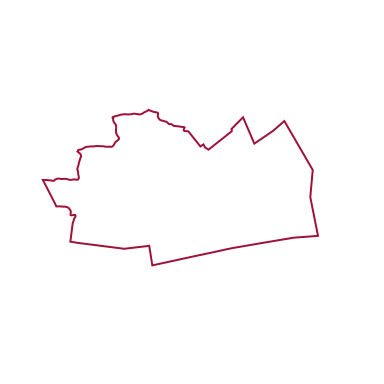 outline of Abu-l-Matamir, Al Buhayrah, Egypt, rotated 306°
{"feature_id": "37247803B42865985960585", "entity_name": "Abu-l-Matamir", "entity_type": "district", "adm_level": 2, "iso_a3": "EGY", "parent_name": "Egypt", "parent_adm1": "Al Buhayrah", "projection": "mercator", "projection_center": [30.09, 30.782], "detail": "fine", "context": "isolated", "style": "outline", "palette": "rose", "viewbox_px": 384, "rotation_deg": 306, "n_neighbors": 0, "source": "geoboundaries", "source_scale": "gbopen_adm2", "svg_char_len": 4573}
<svg xmlns="http://www.w3.org/2000/svg" viewBox="0 0 384 384"><g transform="rotate(306 192 192)"><path d="M205.6,83.5L205.3,84.2L205.0,85.2L204.6,85.4L203.7,86.1L202.4,87.9L202.2,89.0L202.1,89.4L202.0,89.9L201.4,91.2L200.4,92.2L200.2,92.3L199.5,92.8L196.9,94.5L195.5,95.6L194.9,96.2L194.9,96.4L194.8,96.6L194.2,97.6L194.0,98.0L193.8,98.4L193.5,99.2L193.2,100.3L192.9,101.0L191.8,101.8L189.1,101.3L188.1,100.9L187.9,100.8L187.1,100.8L185.9,100.8L185.0,101.0L183.3,101.1L183.1,101.0L182.8,100.9L182.5,100.9L182.3,100.8L182.0,100.7L181.6,100.6L181.2,100.2L181.0,99.9L180.7,99.4L180.4,99.0L180.3,98.7L180.0,98.4L179.8,98.3L179.6,98.0L179.4,97.5L178.2,96.0L177.5,94.9L177.3,94.1L177.0,93.7L176.8,93.3L176.2,92.5L175.4,91.3L174.8,90.3L174.3,89.5L173.2,88.0L173.1,87.9L172.9,87.6L172.3,86.9L171.8,86.4L171.3,85.8L170.9,85.3L170.1,84.4L169.8,84.0L169.4,83.4L169.1,82.9L168.3,82.2L168.0,81.9L167.9,81.7L166.4,80.0L164.9,79.0L164.2,78.8L162.8,78.2L162.4,78.0L162.0,77.7L161.2,77.4L160.6,76.5L160.0,76.0L159.7,75.8L159.5,75.7L158.7,75.3L158.2,75.6L157.4,75.6L157.4,76.0L157.4,77.0L157.3,77.9L157.3,78.2L157.2,78.8L157.1,79.3L156.9,79.8L156.8,80.1L155.8,81.2L155.4,81.4L155.3,81.5L154.1,81.7L153.0,82.0L152.9,82.1L151.7,82.5L150.9,82.7L150.6,82.9L149.7,83.2L148.6,83.5L147.7,84.1L145.8,84.8L145.7,84.8L144.4,85.2L144.1,85.3L143.2,85.7L143.0,85.8L142.7,86.2L142.4,86.6L141.6,87.8L140.9,88.3L140.2,88.9L139.7,89.3L139.5,89.5L138.7,90.4L138.5,90.6L137.8,91.4L137.5,91.7L137.3,91.8L136.8,92.2L136.6,92.3L136.1,92.4L135.7,92.4L135.1,92.4L134.6,91.8L134.2,91.7L133.6,90.5L133.3,90.0L133.0,89.4L132.5,88.7L132.4,88.6L131.7,88.0L131.6,87.9L130.8,87.1L130.3,86.4L129.8,85.6L129.5,84.8L129.3,84.2L129.1,83.7L128.8,82.9L128.7,82.5L127.6,81.0L127.3,80.6L127.1,80.4L126.4,79.6L125.7,78.6L125.1,77.2L124.1,75.7L123.7,75.4L123.1,74.8L121.6,74.0L119.9,73.7L119.5,73.1L119.1,72.6L118.5,71.2L117.0,68.8L116.4,67.5L115.5,66.3L114.8,65.1L114.3,64.6L114.1,64.3L111.6,69.2L110.6,71.2L110.6,71.3L108.1,76.2L104.5,83.3L101.2,89.7L100.6,90.7L101.1,91.4L102.8,93.6L102.9,93.9L103.7,95.1L104.1,95.9L104.4,96.4L104.9,97.0L105.2,97.3L105.4,97.7L105.7,98.4L105.9,98.9L106.4,100.1L106.6,101.6L106.4,102.4L106.2,102.7L105.6,104.7L105.3,105.0L104.9,105.4L104.3,105.9L104.2,106.0L102.9,106.6L102.6,106.9L102.3,107.1L101.9,107.5L102.1,107.8L102.3,108.1L103.2,109.3L103.5,109.5L104.1,110.0L104.3,110.4L104.4,110.6L104.7,111.0L104.6,111.3L104.4,111.7L104.0,111.9L103.6,112.2L101.3,112.3L101.0,112.4L100.4,112.6L100.0,112.8L99.8,112.9L98.8,113.2L97.9,113.5L97.5,113.6L96.7,113.8L94.0,115.3L93.8,115.4L80.3,122.8L83.0,128.1L83.6,129.3L106.2,170.5L121.3,186.9L123.3,189.0L123.1,189.2L123.0,189.3L122.7,189.7L109.3,203.0L123.3,215.5L123.8,216.0L132.3,223.5L142.8,232.9L153.2,242.3L164.9,252.7L170.0,257.3L185.0,271.9L192.6,279.3L214.7,301.0L230.3,319.4L230.6,319.7L257.4,290.7L280.5,276.9L280.8,276.7L303.7,225.0L294.6,222.9L289.2,221.7L267.8,214.0L269.3,211.4L270.6,209.3L282.4,189.4L266.2,186.9L266.0,187.3L265.9,187.5L264.5,188.4L255.0,185.8L250.4,184.5L240.8,181.8L236.0,180.5L235.7,176.5L237.2,173.3L233.8,172.0L238.9,153.5L238.5,152.5L237.6,151.3L237.0,150.2L236.9,150.0L237.0,149.1L238.1,148.4L238.4,148.4L238.8,148.3L239.8,148.1L239.9,147.5L239.2,146.4L238.4,144.8L238.3,144.7L237.6,143.3L237.5,143.1L236.9,142.1L236.4,141.2L236.2,140.9L235.4,139.4L235.1,139.0L234.7,138.1L234.7,137.6L234.8,136.8L234.9,136.3L234.6,135.2L234.5,134.9L233.6,133.8L233.4,133.0L233.6,132.3L233.6,132.1L233.6,131.8L233.7,131.3L233.8,130.5L233.7,129.4L233.1,128.7L232.9,127.7L232.7,126.9L232.4,126.2L231.8,125.1L231.7,124.0L231.6,123.8L231.6,123.3L231.7,122.8L232.0,121.7L232.5,120.9L233.2,119.7L234.2,119.2L234.7,118.9L235.3,118.6L235.4,118.4L235.9,118.0L235.9,117.4L235.8,117.1L235.6,116.7L235.1,115.6L234.5,114.4L234.2,113.5L233.8,112.4L233.7,111.6L233.6,111.4L233.3,110.6L233.2,109.9L233.0,109.3L232.9,108.6L232.6,108.7L231.9,108.4L231.3,108.0L230.5,107.7L228.2,106.5L228.1,106.4L227.6,106.2L227.4,106.2L227.1,106.1L226.6,105.9L225.8,105.6L225.2,105.1L224.6,104.6L224.1,104.2L223.8,103.8L223.6,103.6L223.5,103.4L223.3,102.6L222.8,101.8L222.5,101.1L222.0,100.2L221.7,99.8L221.6,99.6L220.9,98.6L219.9,97.9L219.6,97.6L219.1,96.8L218.8,96.6L218.3,96.2L216.4,93.5L215.7,92.4L215.0,91.4L214.8,91.2L214.1,90.4L213.8,90.1L213.4,89.6L213.2,89.5L212.3,88.6L211.7,88.2L211.0,87.7L210.8,87.6L210.7,87.5L210.3,87.2L209.8,86.8L209.5,86.3L209.2,86.1L208.7,85.7L208.2,85.4L208.0,85.1L207.8,85.0L207.6,85.0L207.3,84.9L207.1,84.7L206.6,84.2L206.3,83.9L206.0,83.8L205.8,84.0L205.6,83.9L205.6,83.5Z" fill="none" stroke="#9f1239" stroke-width="2"/></g></svg>